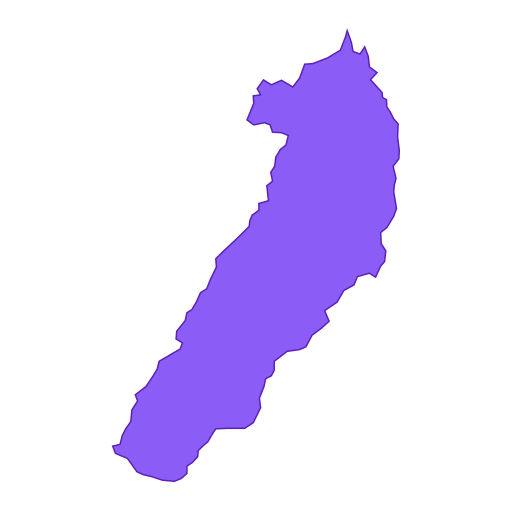 the district of Lefka, Cyprus
{"feature_id": "46923920B88309634492013", "entity_name": "Lefka", "entity_type": "district", "adm_level": 2, "iso_a3": "CYP", "parent_name": "Cyprus", "parent_adm1": "", "projection": "robinson", "projection_center": [32.83, 35.094], "detail": "fine", "context": "isolated", "style": "filled", "palette": "violet", "viewbox_px": 512, "rotation_deg": 0, "n_neighbors": 0, "source": "geoboundaries", "source_scale": "gbopen_adm2", "svg_char_len": 1786}
<svg xmlns="http://www.w3.org/2000/svg" viewBox="0 0 512 512"><path d="M263.5,79.9L257.2,88.7L260.6,94.8L253.2,95.9L253.8,103.2L250.9,110.4L247.0,119.9L253.8,124.9L264.5,122.7L270.2,124.9L272.5,132.2L281.5,132.7L288.3,135.5L286.0,145.0L280.4,149.4L275.8,157.2L274.7,166.2L270.8,172.3L272.5,181.2L266.8,185.7L268.5,200.7L258.9,203.5L258.9,210.2L252.1,215.2L249.8,220.8L249.2,226.4L243.6,232.0L235.1,240.3L223.7,250.9L215.8,258.7L216.4,267.1L210.7,278.8L206.7,288.8L200.5,292.7L196.5,301.7L192.0,309.5L186.9,312.8L185.2,320.6L176.7,331.2L176.1,339.0L182.4,342.9L180.1,349.1L173.3,353.0L159.1,361.3L157.4,368.6L153.5,375.3L146.1,386.4L135.3,394.8L137.6,400.9L131.9,409.9L130.8,421.6L125.7,428.8L122.3,435.5L120.0,444.5L118.8,444.7L112.7,446.1L115.5,453.4L127.4,458.4L133.0,466.2L137.0,471.8L143.2,474.6L152.3,476.8L162.5,480.2L174.4,481.3L181.2,478.5L186.9,473.5L186.9,466.2L192.5,462.3L197.7,456.7L198.2,450.6L203.3,445.6L207.9,441.7L212.4,433.9L215.8,428.8L228.3,428.3L244.7,428.3L253.2,422.7L256.6,416.0L260.6,407.6L259.4,398.2L264.0,386.4L265.7,378.6L271.3,375.8L274.2,370.3L274.2,361.3L287.2,351.3L299.6,349.6L305.9,346.8L312.1,335.1L321.2,328.4L329.1,321.2L324.6,310.6L337.0,302.2L341.7,294.2L343.8,290.5L354.0,284.9L357.4,276.6L369.3,273.2L375.6,277.1L380.7,266.0L384.6,261.5L385.8,250.9L381.2,243.7L380.7,232.5L386.9,227.5L393.7,216.3L396.5,208.5L393.7,191.8L394.3,185.1L396.0,178.4L393.1,166.2L398.8,158.9L399.3,150.6L397.6,137.2L398.1,123.9L393.7,118.9L390.5,112.5L386.8,106.8L386.5,99.7L382.5,97.5L382.1,92.5L370.5,79.7L377.0,72.6L369.4,66.9L368.3,56.5L364.7,46.9L360.0,54.0L353.1,51.5L351.3,42.2L347.2,30.7L345.5,36.9L340.4,50.2L327.4,58.0L312.7,63.6L304.7,64.2L299.6,78.1L292.8,87.0L281.5,80.3L271.3,84.8L263.5,79.9Z" fill="#8b5cf6" stroke="#5b21b6" stroke-width="1.5"/></svg>